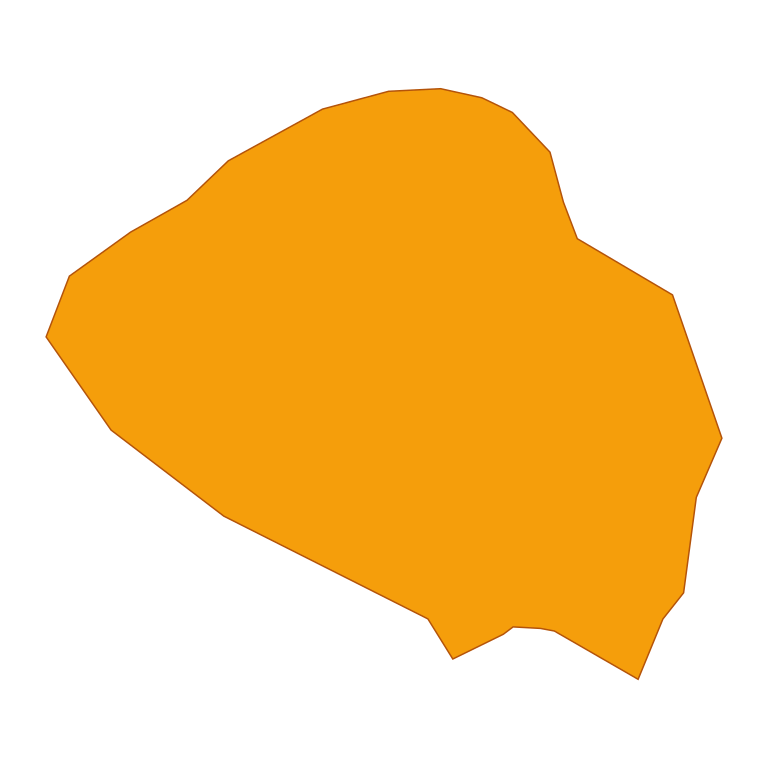 the Municipality of Vipava
{"feature_id": "SVN-1035", "entity_name": "Vipava", "entity_type": "Municipality", "adm_level": 1, "iso_a3": "SVN", "parent_name": "Slovenia", "parent_adm1": "", "projection": "equal_earth", "projection_center": [13.989, 45.819], "detail": "fine", "context": "isolated", "style": "filled", "palette": "amber", "viewbox_px": 768, "rotation_deg": 0, "n_neighbors": 0, "source": "natural_earth", "source_scale": "10m", "svg_char_len": 463}
<svg xmlns="http://www.w3.org/2000/svg" viewBox="0 0 768 768"><path d="M672.5,294.9L721.9,438.2L696.3,497.4L683.6,592.8L662.9,619.0L638.1,679.3L554.3,631.0L540.4,628.4L513.1,626.9L503.4,634.2L452.8,659.0L427.9,618.9L223.9,516.2L111.1,430.1L46.1,336.9L69.4,276.1L130.6,232.1L187.0,200.3L228.3,160.8L322.5,109.1L388.6,91.3L440.7,88.7L481.9,97.8L512.4,112.5L550.0,152.2L563.4,202.1L577.3,238.7L672.5,294.9Z" fill="#f59e0b" stroke="#b45309" stroke-width="1.5"/></svg>